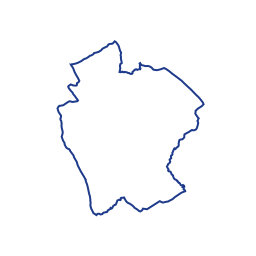 the district of Shinyanga Urban, Shinyanga, United Republic of Tanzania, rotated 326°
{"feature_id": "72390352B93356288072561", "entity_name": "Shinyanga Urban", "entity_type": "district", "adm_level": 2, "iso_a3": "TZA", "parent_name": "United Republic of Tanzania", "parent_adm1": "Shinyanga", "projection": "robinson", "projection_center": [33.442, -3.624], "detail": "fine", "context": "isolated", "style": "outline", "palette": "blue", "viewbox_px": 256, "rotation_deg": 326, "n_neighbors": 0, "source": "geoboundaries", "source_scale": "gbopen_adm2", "svg_char_len": 5072}
<svg xmlns="http://www.w3.org/2000/svg" viewBox="0 0 256 256"><g transform="rotate(326 128 128)"><path d="M116.1,43.6L116.0,44.4L116.0,47.6L115.0,51.9L114.6,55.5L114.5,58.3L114.0,61.7L112.6,62.4L110.7,62.3L109.8,63.6L109.2,64.0L108.3,63.6L106.5,62.2L104.9,59.9L103.6,59.9L102.4,59.9L101.6,60.2L101.2,61.7L101.3,64.4L101.8,67.7L101.6,69.0L101.6,70.1L101.8,71.6L101.9,76.0L102.0,77.1L101.1,77.5L99.3,76.7L97.2,75.7L96.3,75.2L95.4,74.0L94.4,73.1L92.1,72.9L89.5,72.9L87.0,72.9L85.6,72.3L84.3,71.7L83.5,71.2L81.4,71.8L80.5,72.4L79.8,74.5L79.4,76.2L79.4,78.5L79.4,80.2L78.8,81.1L78.3,81.7L77.1,82.5L76.6,83.8L76.6,84.6L76.3,85.5L75.9,86.2L75.6,87.0L74.9,88.0L74.1,88.9L73.8,89.6L73.4,90.3L73.0,91.2L72.7,91.9L72.6,92.4L72.3,93.2L72.0,93.9L71.7,94.7L71.3,95.3L70.7,96.0L70.2,96.4L70.0,96.6L68.6,97.8L68.2,98.1L67.9,98.7L67.8,99.7L67.5,100.4L67.3,101.3L67.0,103.1L67.1,104.6L66.3,106.2L66.0,108.3L65.9,110.0L66.6,111.6L67.4,112.7L67.5,113.9L67.2,114.8L67.3,116.4L67.4,118.8L67.5,120.2L66.9,122.2L66.7,124.8L66.6,127.1L66.3,128.2L66.2,128.5L65.4,131.0L64.6,137.6L64.3,143.6L64.0,147.2L64.0,147.3L63.7,147.4L63.2,148.8L62.9,150.1L62.7,151.1L62.1,153.1L61.3,155.2L60.4,157.4L59.7,159.1L58.9,161.1L58.1,163.7L57.2,165.3L56.7,166.4L56.0,167.3L55.5,168.6L54.7,169.7L53.4,171.3L52.9,172.9L52.3,174.7L52.3,175.6L52.0,177.5L51.7,179.4L52.3,180.3L52.6,181.2L52.9,181.7L53.0,182.5L53.6,182.5L54.2,182.2L54.9,182.2L55.3,182.4L55.9,182.8L56.4,183.3L56.7,184.0L57.1,184.5L57.7,184.6L58.1,184.8L58.6,185.0L59.9,184.5L60.7,184.6L61.9,185.2L62.5,185.3L63.1,185.6L63.4,185.9L64.1,185.8L65.0,185.1L66.0,185.0L66.6,185.1L67.8,185.2L68.0,185.3L68.3,185.3L68.5,184.7L68.9,184.5L69.3,185.3L69.5,185.6L70.4,185.4L71.0,185.0L72.1,184.4L73.4,184.3L74.1,184.3L74.7,184.7L75.6,184.3L76.1,184.0L77.6,182.9L78.1,182.5L78.8,182.2L80.1,182.4L80.4,182.6L80.7,182.8L81.2,183.4L81.4,183.5L82.2,183.1L82.6,182.2L83.3,182.1L83.8,182.4L84.3,182.7L84.7,182.9L85.0,183.2L85.5,183.2L85.8,183.3L85.9,184.0L85.6,185.2L85.5,188.2L86.1,190.1L87.1,191.7L88.1,194.1L88.7,196.3L88.8,197.8L89.4,199.1L90.0,200.4L90.4,201.8L90.9,203.3L91.7,204.1L93.6,204.1L94.5,203.7L95.3,203.2L98.4,206.0L113.4,206.4L113.6,206.6L114.2,208.0L115.3,209.4L117.6,210.2L120.3,211.4L121.9,211.5L125.1,211.9L128.2,211.5L131.2,211.5L133.7,211.5L135.9,211.5L136.1,211.5L140.1,212.4L140.3,211.9L140.2,210.9L139.8,209.9L140.6,209.1L140.8,208.1L140.3,207.6L140.8,207.3L141.9,208.0L142.2,207.3L141.7,206.0L140.3,205.7L139.8,204.5L140.0,203.5L140.0,202.4L139.4,201.3L139.4,200.7L139.3,200.8L139.1,199.3L138.9,197.8L138.0,196.5L138.0,195.1L138.3,193.5L138.8,192.6L138.6,191.8L138.2,191.0L138.6,189.6L138.8,188.1L138.2,187.2L137.5,186.6L137.5,185.6L138.4,185.1L138.5,184.0L138.5,182.7L138.8,181.6L139.6,181.4L141.2,180.3L142.6,180.3L144.1,179.6L144.4,178.5L144.9,177.4L146.2,177.3L146.9,177.2L147.7,175.5L148.4,175.0L149.2,175.1L150.1,174.7L150.9,173.4L151.8,172.9L154.1,171.3L155.1,170.9L155.5,171.9L156.4,171.7L157.7,171.4L159.4,171.4L160.6,170.5L161.2,169.3L162.3,168.2L163.1,167.4L164.0,166.7L164.9,166.9L165.9,167.3L166.5,167.7L168.3,167.6L169.6,167.0L170.2,166.1L171.2,164.9L173.1,165.0L176.1,165.3L177.8,165.3L179.9,165.4L180.7,166.4L182.1,167.0L183.7,167.2L185.3,166.4L186.2,165.6L187.4,164.7L188.4,163.7L189.2,162.8L189.5,161.0L190.6,160.5L191.5,159.6L192.0,159.5L191.8,158.3L191.8,154.3L191.9,153.6L192.9,152.6L193.7,151.5L195.3,151.3L197.0,151.0L199.0,151.1L201.8,151.1L203.3,150.7L203.9,150.6L204.3,149.0L204.2,146.7L203.9,143.1L203.6,141.2L203.0,138.8L201.7,131.2L200.7,127.2L199.7,122.8L198.9,118.8L196.8,112.6L195.1,107.9L193.9,103.8L192.5,100.3L191.4,98.4L188.7,97.8L187.1,97.3L184.6,96.4L183.6,95.6L181.7,93.9L181.3,91.0L180.6,89.4L179.3,87.8L178.1,87.1L176.8,86.2L175.8,84.8L175.0,84.2L174.5,83.6L174.2,81.5L174.3,81.0L173.7,81.0L173.3,82.3L173.0,82.7L172.9,82.8L172.7,83.1L172.4,83.4L171.9,83.9L171.7,84.8L171.7,85.5L171.0,86.1L170.6,85.7L170.1,85.5L168.7,85.0L168.2,85.0L167.7,84.0L166.7,83.5L166.3,83.5L165.8,83.8L165.2,83.6L164.4,83.9L163.7,84.0L163.0,84.1L162.9,84.2L162.8,84.5L162.5,84.7L162.3,85.2L161.7,85.3L160.6,84.9L160.0,83.9L159.7,83.1L159.2,82.7L158.8,82.5L158.6,81.8L157.6,80.6L157.4,80.4L157.0,79.9L156.3,79.6L155.9,79.6L155.3,79.0L155.4,78.9L154.9,78.1L154.7,78.0L153.8,78.0L153.0,77.5L152.3,76.8L153.2,76.0L153.7,75.6L154.1,75.0L154.8,74.4L155.0,74.2L155.7,72.7L156.0,72.2L156.2,71.7L156.6,71.5L157.4,70.7L159.1,70.7L159.7,69.5L160.0,68.9L160.3,67.9L160.9,66.6L161.6,65.5L162.0,65.0L162.1,64.8L162.6,63.4L163.6,62.5L164.3,61.9L164.4,61.6L164.5,61.2L164.5,60.1L165.1,58.0L165.7,56.2L166.2,54.4L166.2,52.9L166.2,52.7L166.1,52.0L166.1,50.7L166.0,49.8L165.7,49.3L165.4,48.7L165.0,48.8L162.8,49.4L161.8,49.2L160.4,48.4L159.8,48.1L159.3,48.0L158.6,47.8L158.1,48.0L157.2,48.4L156.2,48.7L155.3,48.5L153.2,48.2L151.3,48.0L149.6,48.4L148.9,48.6L148.0,48.5L147.1,48.5L146.0,48.5L144.9,48.0L143.7,47.7L142.0,47.0L141.5,46.9L140.7,47.4L139.9,47.4L138.3,47.3L136.7,46.8L134.8,47.0L132.3,46.9L130.0,46.3L126.7,46.4L124.1,46.1L121.5,45.6L118.2,44.4L117.0,43.7L116.2,43.7L116.1,43.6Z" fill="none" stroke="#1e3a8a" stroke-width="2"/></g></svg>